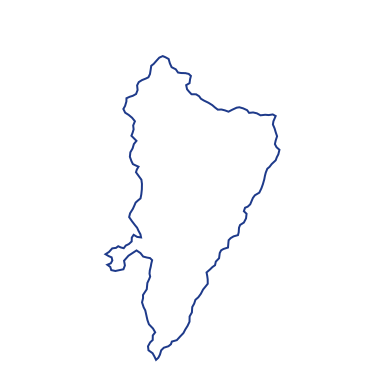 the district of Brusque, Santa Catarina, Brazil, rotated 334°
{"feature_id": "56859067B36149648591957", "entity_name": "Brusque", "entity_type": "district", "adm_level": 2, "iso_a3": "BRA", "parent_name": "Brazil", "parent_adm1": "Santa Catarina", "projection": "mercator", "projection_center": [-48.924, -27.128], "detail": "fine", "context": "isolated", "style": "outline", "palette": "blue", "viewbox_px": 384, "rotation_deg": 334, "n_neighbors": 0, "source": "geoboundaries", "source_scale": "gbopen_adm2", "svg_char_len": 2877}
<svg xmlns="http://www.w3.org/2000/svg" viewBox="0 0 384 384"><g transform="rotate(334 192 192)"><path d="M86.1,327.1L89.1,326.2L91.9,324.1L94.9,320.8L98.4,319.6L103.2,320.3L106.3,319.6L108.3,317.6L113.4,318.5L118.2,316.6L122.5,315.0L125.6,312.7L129.3,310.4L132.9,307.5L135.3,302.8L139.1,300.2L141.8,295.5L145.0,293.3L147.8,290.4L151.5,289.4L155.3,287.4L159.2,284.5L162.9,282.8L165.9,281.4L167.8,277.4L168.9,274.1L169.8,270.7L174.2,269.5L177.5,268.4L180.6,267.9L182.9,265.0L187.3,263.4L190.2,259.0L192.6,257.2L195.3,257.0L200.0,257.7L202.2,254.0L203.8,251.4L206.5,250.4L209.9,250.1L214.4,250.9L216.3,248.7L218.6,244.7L220.8,242.7L225.2,242.2L229.0,239.4L231.5,235.5L230.2,232.0L232.8,229.4L235.6,229.6L238.9,228.6L242.0,225.9L244.2,224.0L247.1,222.5L252.2,222.1L255.9,219.2L259.1,216.1L262.5,212.3L264.6,209.5L266.9,206.8L269.9,204.1L272.7,203.4L275.9,201.8L281.1,200.2L283.4,198.0L286.1,196.0L289.1,192.4L287.6,188.8L287.5,185.3L289.8,182.4L292.9,179.2L293.4,175.2L294.1,171.1L294.3,166.8L296.2,164.1L300.5,160.4L298.6,157.7L294.7,156.5L291.7,154.7L287.2,153.1L284.8,149.7L281.8,147.3L278.0,145.9L277.4,142.6L274.6,139.2L271.7,136.6L269.1,135.8L264.4,135.7L260.0,135.8L257.4,133.1L254.7,130.8L251.3,129.3L249.7,126.1L248.3,122.8L245.9,119.0L242.7,114.9L240.9,112.1L240.4,109.1L238.5,106.0L234.4,103.9L233.4,100.7L232.6,97.5L233.6,93.4L237.5,93.1L239.7,89.8L241.9,87.2L240.8,84.4L238.2,82.3L234.4,80.3L231.8,78.5L231.2,74.6L228.4,70.9L228.5,66.8L229.3,62.2L227.1,59.1L225.2,57.0L221.5,56.9L217.7,58.4L213.6,60.1L210.7,60.7L208.3,64.2L205.9,67.6L203.1,69.8L200.3,69.8L196.1,69.5L192.3,69.9L189.4,72.1L187.8,76.5L184.7,79.4L180.9,79.6L177.7,79.1L174.2,79.0L172.7,81.9L169.6,85.3L166.7,87.3L166.7,91.4L168.9,95.0L170.7,99.0L171.7,103.4L168.3,106.4L167.0,110.1L164.5,112.8L162.2,114.9L163.5,118.7L164.5,121.7L160.8,123.4L157.7,126.8L154.0,129.3L151.6,133.1L151.1,137.8L151.1,141.0L152.9,143.3L155.0,145.8L152.3,147.6L150.3,149.7L151.1,154.2L151.9,158.8L150.6,162.7L148.1,167.6L145.4,171.9L142.9,175.2L139.8,175.9L136.7,176.8L134.4,178.8L131.5,181.2L127.0,184.0L124.5,187.0L125.2,191.8L126.2,196.7L127.0,200.1L126.9,203.4L127.1,207.4L126.3,210.5L123.0,208.3L120.8,204.9L117.9,206.6L116.1,210.0L112.4,211.1L109.0,211.1L106.0,212.6L103.7,210.6L101.9,208.4L99.2,208.9L95.6,207.7L91.1,209.5L87.0,210.0L89.1,213.2L91.1,215.5L90.4,218.6L87.8,220.5L84.0,220.3L85.7,223.5L85.2,226.8L88.5,229.4L96.5,231.4L99.5,228.6L100.8,224.0L107.0,221.4L116.5,220.2L118.9,224.3L119.8,228.6L122.8,231.2L125.3,233.0L126.3,235.8L124.1,238.4L122.2,241.0L119.7,244.0L118.0,246.8L117.3,249.7L115.2,251.6L112.0,254.2L108.7,259.6L105.3,261.6L102.8,263.1L101.5,265.9L98.7,269.3L98.0,274.4L98.1,277.9L97.3,281.3L96.5,284.6L95.8,287.6L95.3,292.0L97.1,297.6L97.4,302.0L93.9,303.7L91.8,307.8L88.5,308.8L84.8,311.4L83.5,315.2L85.9,319.6L86.1,323.0L86.1,327.1Z" fill="none" stroke="#1e3a8a" stroke-width="2"/></g></svg>